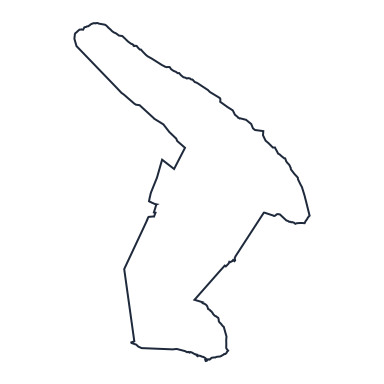 Hidalgo, Nuevo León, Mexico
{"feature_id": "50627088B74027010733111", "entity_name": "Hidalgo", "entity_type": "district", "adm_level": 2, "iso_a3": "MEX", "parent_name": "Mexico", "parent_adm1": "Nuevo León", "projection": "mercator", "projection_center": [-100.452, 26.003], "detail": "fine", "context": "isolated", "style": "outline", "palette": "slate", "viewbox_px": 384, "rotation_deg": 0, "n_neighbors": 0, "source": "geoboundaries", "source_scale": "gbopen_adm2", "svg_char_len": 4817}
<svg xmlns="http://www.w3.org/2000/svg" viewBox="0 0 384 384"><path d="M131.3,342.4L131.5,343.0L136.2,344.6L138.3,346.6L141.6,348.1L171.0,349.3L172.7,349.4L174.9,349.1L176.7,349.0L177.3,349.1L185.0,351.1L187.1,352.2L187.7,352.0L188.2,351.9L189.5,352.2L189.4,352.5L189.7,352.6L190.3,352.0L191.9,352.5L194.8,354.2L195.4,354.2L196.4,354.6L197.2,354.7L197.4,355.0L196.9,355.6L197.7,356.2L198.3,355.5L200.3,355.9L200.8,356.2L201.5,356.3L202.2,356.8L203.4,356.9L203.8,357.2L205.4,358.1L205.7,358.8L206.3,359.0L205.2,359.7L205.7,361.0L206.7,360.8L208.0,359.6L209.0,359.2L209.6,359.6L210.5,359.0L211.0,358.3L211.4,357.9L212.1,357.7L212.9,357.6L213.5,357.5L214.0,357.4L215.3,357.5L216.4,356.9L217.0,356.8L218.7,356.6L219.2,356.6L220.1,356.5L220.6,356.2L221.1,356.1L222.5,355.2L223.8,354.5L223.9,354.2L224.3,354.1L224.8,353.9L225.3,354.0L226.3,353.1L226.7,352.6L226.9,352.0L227.1,351.7L227.5,351.2L228.1,350.7L226.8,349.1L226.2,347.9L226.3,344.1L226.2,340.2L226.5,336.6L223.9,327.3L223.8,326.9L222.8,326.1L222.1,325.2L221.7,324.8L221.1,323.9L220.6,323.4L219.5,322.4L219.3,322.0L218.9,321.3L218.7,320.7L218.7,319.9L218.6,319.1L218.2,317.8L216.9,317.0L216.5,316.7L216.1,316.3L215.9,316.2L215.4,316.1L214.9,315.8L214.5,315.5L214.0,315.0L212.9,313.7L212.7,313.1L212.0,312.3L211.4,311.3L211.0,311.2L210.4,310.8L210.2,310.5L209.9,310.0L209.5,309.7L208.8,309.4L208.6,309.2L208.3,309.1L208.1,309.0L207.9,308.3L207.6,307.3L207.1,306.1L206.8,305.6L205.8,304.6L204.0,303.5L203.3,303.5L202.4,302.9L201.8,302.3L202.1,302.1L194.5,299.8L217.5,273.7L218.9,272.1L221.5,269.2L224.3,266.1L224.7,265.6L224.9,265.7L225.3,266.0L225.8,266.4L226.0,266.2L226.1,265.9L226.6,265.5L227.0,265.3L227.1,265.2L227.7,264.5L228.2,264.0L228.6,263.5L229.2,262.1L229.5,262.5L230.5,262.0L231.6,261.4L232.6,261.0L232.5,260.7L233.1,260.0L233.7,260.3L234.5,261.1L235.1,260.4L234.9,259.1L234.8,258.9L234.7,258.2L235.5,256.3L263.8,212.7L264.6,212.7L265.5,213.0L273.4,215.6L274.0,216.0L275.0,215.7L275.7,215.3L276.3,214.7L276.6,214.4L277.1,214.2L277.9,214.1L278.6,214.2L280.0,214.5L286.3,220.4L288.2,221.1L288.8,221.6L289.2,221.8L290.2,221.8L290.5,221.8L291.2,222.3L291.9,222.1L292.5,222.2L293.3,222.5L294.0,222.7L294.2,222.9L294.7,223.4L295.4,223.8L296.2,223.4L297.1,223.2L300.0,223.0L302.3,223.0L304.6,223.2L305.4,221.5L306.5,219.9L307.3,218.8L307.8,217.7L308.2,217.3L308.5,216.8L308.9,216.3L309.6,215.7L306.3,202.4L304.5,195.4L301.9,187.0L300.6,184.7L298.0,179.3L297.8,177.6L294.3,173.8L291.6,170.3L291.2,169.8L290.8,169.0L290.7,167.8L290.2,166.9L289.7,165.7L289.2,164.8L287.3,162.8L286.2,161.3L285.2,158.4L284.2,158.3L281.7,156.3L279.6,154.4L278.1,153.6L277.0,151.4L275.6,148.9L275.0,147.5L272.9,147.5L271.6,146.3L270.6,145.2L269.8,144.5L268.7,143.3L267.5,142.3L265.6,140.7L263.0,135.3L263.3,131.1L255.0,130.0L253.0,128.4L251.2,124.0L246.0,119.8L240.1,118.3L239.7,118.5L238.9,118.0L238.3,117.7L238.1,117.7L237.7,117.0L234.9,114.7L232.8,110.4L227.6,107.1L220.2,101.8L220.4,99.2L219.9,98.1L209.9,92.0L207.9,90.0L196.9,82.8L194.7,82.0L193.2,80.3L192.4,79.5L191.6,79.5L191.0,79.4L189.8,78.4L188.9,78.3L188.3,78.1L186.8,78.5L185.7,77.8L183.4,77.2L182.9,76.8L180.7,75.0L180.3,74.4L180.0,74.1L179.2,73.1L177.8,73.2L176.6,72.4L175.9,71.8L173.8,71.0L172.5,70.2L170.8,68.9L170.1,67.6L169.8,67.2L169.4,67.0L166.8,67.1L166.3,67.1L164.8,66.6L163.9,66.0L162.0,65.1L151.6,58.5L147.6,56.3L145.7,54.7L142.3,51.2L141.0,49.6L139.9,49.6L137.7,47.4L137.0,46.3L136.4,45.9L135.5,45.8L134.0,46.1L133.5,45.7L133.6,45.2L132.5,44.2L131.3,43.9L128.1,41.6L122.4,36.1L118.8,35.5L117.6,34.5L115.7,33.2L114.0,32.5L112.8,31.7L111.7,30.8L110.8,29.8L108.4,27.7L107.9,27.3L107.8,27.0L107.5,26.7L107.0,26.3L106.3,25.5L105.5,25.1L104.9,24.7L98.8,23.6L98.3,23.4L98.0,23.2L97.7,23.1L97.4,23.0L97.0,23.0L96.6,23.1L96.3,23.2L96.0,23.3L95.7,23.4L95.3,23.2L95.1,23.1L94.6,23.2L94.1,23.3L93.8,23.2L93.2,23.3L92.3,23.7L91.9,23.8L91.1,24.2L90.7,24.4L90.3,24.6L90.0,25.0L89.6,25.4L88.8,25.8L88.4,26.0L88.1,26.3L87.9,26.3L87.7,26.3L87.2,26.4L86.8,26.5L86.4,26.7L86.0,27.0L85.5,27.0L85.1,27.1L84.4,27.3L83.1,29.7L81.9,29.6L81.6,29.4L81.4,29.4L81.1,29.5L80.6,29.6L79.6,29.6L79.3,29.8L78.0,30.9L77.0,31.8L76.4,32.5L75.6,32.9L74.9,34.0L74.4,38.8L76.5,46.1L116.5,87.6L121.6,93.0L123.4,94.2L134.5,103.8L136.0,104.7L139.6,105.2L153.8,118.2L154.2,118.7L163.4,124.4L169.3,132.0L176.2,138.6L177.2,141.0L185.0,147.8L176.6,164.1L174.1,169.0L162.1,159.7L157.0,177.6L154.2,184.5L151.1,192.2L150.6,193.8L149.9,197.0L149.8,197.3L149.7,197.5L149.7,197.8L149.0,201.2L149.9,201.8L150.5,202.0L151.0,202.2L151.5,202.5L151.9,202.7L152.4,202.9L152.9,203.1L153.7,203.5L154.7,203.9L154.8,204.0L156.7,204.4L156.3,204.6L153.9,212.4L155.5,212.7L154.0,216.6L153.3,216.5L152.7,216.5L148.6,216.9L148.5,217.0L148.0,217.8L146.9,220.4L147.0,220.4L143.7,227.5L124.2,269.1L134.3,341.3L131.3,342.4Z" fill="none" stroke="#1e293b" stroke-width="2"/></svg>